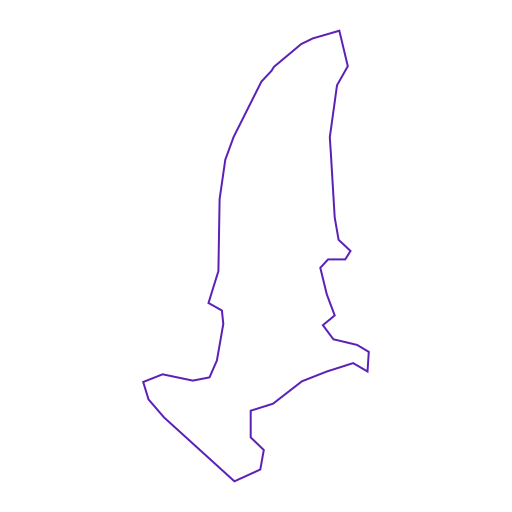 an SVG outline of Rivière Noire
{"feature_id": "MUS-5193", "entity_name": "Rivière Noire", "entity_type": "District", "adm_level": 1, "iso_a3": "MUS", "parent_name": "Mauritius", "parent_adm1": "", "projection": "mercator", "projection_center": [57.418, -20.334], "detail": "fine", "context": "isolated", "style": "outline", "palette": "violet", "viewbox_px": 512, "rotation_deg": 0, "n_neighbors": 0, "source": "natural_earth", "source_scale": "10m", "svg_char_len": 730}
<svg xmlns="http://www.w3.org/2000/svg" viewBox="0 0 512 512"><path d="M260.3,469.5L234.4,481.3L164.1,417.5L148.5,399.4L143.2,382.0L162.6,374.3L192.8,380.6L209.5,377.4L216.9,360.5L223.3,323.9L221.9,310.5L208.5,303.0L218.4,271.1L219.6,199.1L225.3,159.7L233.6,137.0L261.4,81.6L271.5,70.8L274.0,66.8L301.1,44.1L312.8,38.4L339.3,30.7L341.2,38.5L347.8,66.2L337.0,85.3L334.2,105.7L329.8,137.2L330.9,153.9L333.6,199.3L334.7,217.4L338.6,239.8L348.1,248.7L350.5,251.0L345.2,259.4L328.1,259.4L320.3,267.8L326.8,294.4L334.7,315.4L322.9,325.2L333.4,339.3L357.0,344.9L368.8,351.9L367.5,371.5L353.1,363.1L326.8,371.5L301.9,381.3L273.0,403.7L250.7,410.7L250.7,437.4L263.8,450.0L260.3,469.5Z" fill="none" stroke="#5b21b6" stroke-width="2"/></svg>